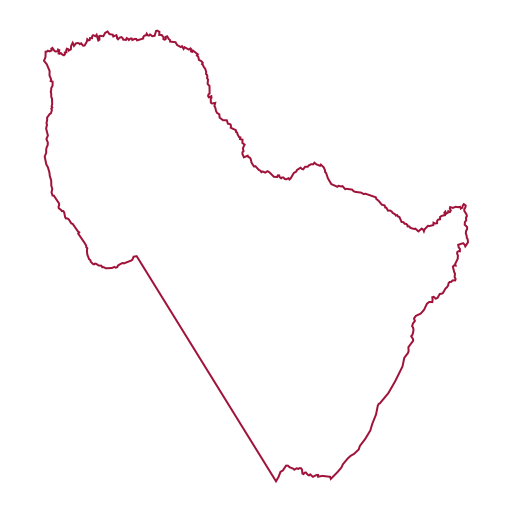 the district of Dom Eliseu, Pará, Brazil
{"feature_id": "56859067B48921877214716", "entity_name": "Dom Eliseu", "entity_type": "district", "adm_level": 2, "iso_a3": "BRA", "parent_name": "Brazil", "parent_adm1": "Pará", "projection": "equal_earth", "projection_center": [-47.874, -4.201], "detail": "fine", "context": "isolated", "style": "outline", "palette": "rose", "viewbox_px": 512, "rotation_deg": 0, "n_neighbors": 0, "source": "geoboundaries", "source_scale": "gbopen_adm2", "svg_char_len": 5839}
<svg xmlns="http://www.w3.org/2000/svg" viewBox="0 0 512 512"><path d="M188.9,49.6L184.5,47.2L183.6,48.9L182.0,46.2L180.8,47.1L177.1,45.0L175.5,42.2L170.1,41.6L169.9,39.9L168.8,39.1L167.2,36.3L165.7,36.8L165.8,38.9L164.7,39.7L163.4,39.1L163.6,37.4L161.7,35.0L159.2,34.9L159.4,31.8L157.5,30.7L156.1,30.9L154.6,35.8L152.3,36.2L150.0,34.5L148.9,35.6L147.6,35.3L146.7,33.7L146.0,35.3L144.4,35.7L143.3,36.9L143.2,38.5L137.1,40.4L136.3,39.0L134.9,38.9L132.3,40.0L131.7,38.5L130.5,38.5L128.9,40.0L128.0,38.8L126.7,38.1L126.0,39.9L123.3,39.7L122.6,38.1L121.4,37.1L119.6,37.7L118.0,39.3L117.1,38.3L117.0,36.6L116.4,35.2L113.3,36.5L112.8,34.7L109.4,34.1L107.6,31.5L105.2,32.8L103.3,36.2L100.0,35.8L98.9,36.4L99.5,38.1L99.4,39.8L98.3,40.5L96.6,34.8L95.6,36.2L93.1,35.2L92.1,36.4L92.0,38.2L90.0,38.1L89.8,39.9L88.6,40.4L87.3,39.2L86.8,41.7L84.6,45.5L83.1,45.7L81.1,43.3L79.8,44.2L78.7,43.1L77.2,43.1L75.9,43.4L74.0,45.9L72.7,42.8L71.2,45.7L70.8,49.4L68.7,50.6L68.2,49.2L66.9,48.7L66.2,50.3L66.4,52.3L64.8,52.5L64.9,54.3L63.9,55.3L62.2,54.5L60.8,53.0L59.7,53.8L58.6,53.5L59.3,50.2L58.1,49.6L57.9,51.2L55.4,51.5L54.2,50.6L52.4,47.9L51.3,48.7L51.5,50.5L49.6,51.4L47.8,50.7L46.9,51.6L45.6,51.7L45.5,57.0L44.0,60.8L46.8,64.3L49.6,71.0L49.5,75.5L51.1,79.3L50.7,81.1L52.6,81.6L52.6,85.4L51.2,88.3L51.2,90.3L50.7,91.8L51.2,93.3L51.3,97.3L52.0,98.5L52.2,104.2L51.6,106.3L52.3,107.6L51.3,108.6L51.9,110.1L50.9,113.3L49.8,113.9L47.1,117.6L47.2,119.8L46.5,123.1L47.0,124.9L46.1,128.4L47.9,135.6L46.4,139.0L47.8,142.4L47.7,145.2L46.8,146.9L46.2,149.2L46.2,152.8L44.7,156.6L46.3,164.4L47.9,167.3L49.4,172.4L49.8,176.0L51.2,180.5L51.3,185.6L52.3,189.1L51.5,192.3L52.5,195.5L53.8,195.6L59.1,203.5L59.1,205.3L58.5,206.7L58.8,208.3L61.0,209.9L61.8,211.1L63.1,211.0L64.1,212.1L65.2,217.4L66.0,218.5L67.3,218.4L68.7,219.3L71.3,223.4L72.7,223.9L78.0,231.5L79.2,232.3L78.2,233.6L84.5,242.8L86.2,245.7L86.3,247.3L87.3,248.2L86.9,250.4L87.3,254.5L89.1,259.2L90.4,260.2L90.7,261.7L92.9,263.9L94.0,264.4L95.0,263.6L96.3,263.9L98.6,265.5L101.4,265.7L102.2,267.2L103.4,267.1L106.0,268.3L111.9,268.0L114.5,266.9L115.8,267.7L117.3,267.1L117.9,265.6L120.1,264.2L122.6,263.0L123.9,263.4L131.3,260.5L132.4,259.7L133.6,256.7L136.7,256.2L276.0,481.3L278.5,477.0L280.5,471.8L282.8,470.5L286.1,465.6L288.0,465.7L289.5,467.2L293.3,468.7L294.3,469.7L296.7,468.3L298.3,469.0L299.4,468.1L301.1,468.3L302.0,469.7L302.4,473.5L303.5,474.1L304.6,472.7L305.9,472.5L307.7,474.7L309.0,475.4L310.2,474.4L312.9,476.8L316.8,474.9L318.1,475.0L318.1,476.7L322.3,475.9L330.1,476.8L330.8,478.9L337.6,472.0L341.4,467.5L343.0,464.1L348.0,458.2L350.8,455.7L353.9,454.0L358.7,449.5L359.9,445.9L365.1,439.1L370.3,430.5L372.4,423.5L376.0,414.6L377.8,405.6L378.7,403.9L379.8,403.4L388.3,393.2L395.3,381.0L402.5,366.4L404.3,357.8L407.9,353.1L408.6,351.0L408.4,347.1L413.2,340.7L413.0,339.0L411.2,336.2L412.3,335.0L413.0,333.0L413.5,329.9L413.1,327.7L412.1,326.1L413.0,323.4L414.9,320.9L414.0,318.5L415.8,315.9L420.7,313.6L424.1,309.7L426.9,303.8L429.1,302.0L432.3,302.1L432.6,299.6L432.3,297.2L433.7,296.8L435.7,298.7L437.5,297.9L439.8,293.9L441.8,293.7L442.9,293.0L445.5,288.5L447.1,287.1L448.1,285.5L448.6,283.1L449.6,282.0L451.2,281.9L452.6,280.4L455.2,280.4L455.6,278.9L454.6,277.1L455.0,273.8L454.1,271.8L452.9,266.6L454.2,265.3L455.6,265.6L455.2,263.9L457.7,258.8L457.9,255.5L457.1,253.6L457.3,252.0L458.5,251.2L459.9,251.3L459.9,248.8L458.7,247.4L458.2,244.8L463.1,243.2L464.5,244.5L465.3,246.4L468.0,242.3L467.7,239.3L466.8,237.9L466.7,236.0L465.8,233.3L466.1,230.9L467.1,229.2L467.1,227.0L464.7,224.7L464.9,222.0L466.2,220.4L466.0,217.6L466.9,216.1L466.5,214.4L464.3,210.9L464.3,209.0L465.3,207.7L465.7,205.5L463.8,204.1L462.8,205.5L462.3,207.6L460.8,208.6L460.0,206.8L458.3,207.2L455.6,206.8L452.9,207.9L450.2,207.1L449.8,208.6L450.8,210.5L449.8,212.1L448.3,211.2L447.9,212.7L446.2,213.7L445.3,211.6L444.4,212.7L444.9,215.2L441.9,215.8L440.1,216.9L440.0,219.3L438.1,219.6L437.1,221.0L437.1,223.2L435.2,223.5L433.5,222.7L433.3,225.1L429.1,226.1L428.0,225.8L424.6,229.3L423.9,231.3L423.2,229.6L421.7,228.6L418.4,231.4L415.3,228.6L414.2,229.0L410.4,227.9L409.3,226.4L407.6,226.4L407.3,224.8L406.0,223.8L404.6,223.8L403.5,222.2L401.6,222.0L399.4,217.0L398.1,216.6L397.1,215.1L395.9,215.6L395.1,214.3L392.6,212.9L391.7,211.5L389.9,210.5L387.9,210.6L386.4,207.7L385.2,207.5L384.6,205.4L381.8,204.7L378.9,201.1L376.3,198.9L375.8,197.3L365.4,193.7L363.7,194.1L361.1,192.6L355.2,191.9L353.5,191.1L352.1,189.6L346.5,188.8L345.2,189.2L342.5,186.1L341.2,186.5L338.5,185.8L337.4,186.8L331.3,184.1L327.9,178.3L326.1,173.0L325.1,172.0L325.0,170.3L323.7,167.3L320.8,164.6L320.0,165.8L316.3,164.3L314.4,162.7L313.2,164.3L311.2,164.2L308.7,165.5L307.8,166.7L305.1,166.8L303.2,169.3L302.0,169.0L300.5,167.7L297.0,170.0L296.2,171.6L293.8,173.0L290.5,178.6L289.4,179.5L288.6,178.2L286.1,179.3L284.6,178.9L283.6,177.6L282.1,177.4L281.1,178.3L279.7,177.2L279.2,175.4L277.8,175.4L277.2,177.0L273.9,176.8L269.4,172.3L267.5,171.2L265.2,172.6L262.7,171.5L261.4,172.2L260.6,170.8L259.0,170.1L255.4,166.2L254.0,166.5L251.5,162.6L250.8,159.3L249.8,157.6L248.4,157.1L247.7,155.7L243.9,157.3L242.4,154.0L242.5,152.2L243.5,151.2L242.9,148.3L244.6,144.6L242.4,143.0L242.5,139.7L240.0,139.1L240.4,137.4L239.1,137.1L237.5,134.2L237.2,132.6L235.9,131.9L235.9,130.2L230.7,127.7L231.0,125.8L230.4,124.3L227.9,123.7L226.8,120.3L223.0,120.2L219.6,117.6L219.3,114.3L217.0,112.9L216.0,110.9L215.2,107.3L214.4,106.1L215.2,102.9L212.0,103.5L210.9,102.7L210.7,98.9L211.5,97.8L211.3,96.2L208.8,97.3L208.1,96.0L208.5,94.4L209.6,93.5L209.5,86.0L207.6,83.9L208.0,79.5L207.0,78.1L207.4,76.4L207.0,74.9L206.0,73.9L206.2,72.1L205.3,68.9L203.6,66.7L203.1,65.2L202.0,64.1L202.8,62.9L201.2,61.0L199.0,60.0L198.2,56.6L196.9,55.5L197.8,54.3L193.1,50.7L192.2,51.9L191.0,51.4L191.4,49.4L190.4,48.4L188.9,49.6Z" fill="none" stroke="#9f1239" stroke-width="2"/></svg>